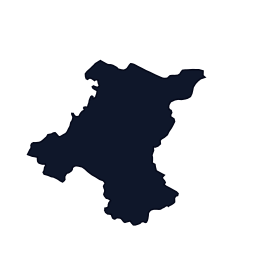 outline of Zhytkavichy, Gomel, Belarus, rotated 209°
{"feature_id": "67162791B281573745440", "entity_name": "Zhytkavichy", "entity_type": "district", "adm_level": 2, "iso_a3": "BLR", "parent_name": "Belarus", "parent_adm1": "Gomel", "projection": "albers", "projection_center": [27.845, 52.192], "detail": "fine", "context": "isolated", "style": "filled", "palette": "ink", "viewbox_px": 256, "rotation_deg": 209, "n_neighbors": 0, "source": "geoboundaries", "source_scale": "gbopen_adm2", "svg_char_len": 3911}
<svg xmlns="http://www.w3.org/2000/svg" viewBox="0 0 256 256"><g transform="rotate(209 128 128)"><path d="M184.7,173.6L185.4,172.6L187.0,169.7L187.7,168.5L188.2,166.3L188.9,164.2L189.5,162.0L190.5,159.2L191.1,157.4L191.5,154.7L190.0,152.4L188.4,150.9L186.9,151.0L186.5,152.3L185.5,153.4L183.6,153.7L181.6,153.5L180.3,153.3L179.9,154.3L179.1,155.0L177.5,155.3L176.6,154.0L175.3,152.5L173.7,151.4L173.7,149.8L174.4,148.7L176.4,148.2L178.6,148.0L179.2,146.7L178.0,145.9L176.3,145.7L174.9,145.7L173.3,145.8L172.5,144.8L172.2,143.7L171.8,142.7L171.6,141.0L171.2,139.7L171.8,137.7L172.6,136.8L173.2,137.5L174.0,138.4L175.1,138.4L175.6,137.5L175.5,135.8L175.2,133.6L174.3,131.0L174.0,128.9L173.4,126.8L174.5,126.0L175.4,125.7L176.5,124.8L176.5,124.0L175.4,123.4L175.0,122.6L175.1,121.6L176.0,120.5L176.5,118.3L176.6,116.5L176.4,115.2L176.9,114.0L178.2,113.1L179.5,112.5L181.8,113.3L183.0,114.1L184.2,113.5L183.6,112.6L181.5,111.1L180.9,109.7L180.4,107.5L180.6,105.1L179.5,101.4L179.5,98.4L179.3,95.5L179.7,93.0L181.3,90.5L182.6,88.2L183.8,86.9L184.7,86.9L186.4,87.5L188.0,88.1L189.5,88.5L191.0,87.3L191.4,86.4L192.2,85.4L193.3,84.5L194.8,83.3L194.8,80.7L195.5,78.8L196.0,77.3L196.7,75.4L197.5,73.7L198.7,72.3L200.4,71.1L202.0,70.0L203.5,69.3L204.4,68.0L204.6,67.1L204.4,65.7L203.6,64.8L202.9,63.0L203.2,61.7L203.1,59.3L203.0,57.1L203.0,56.2L202.5,56.2L200.4,56.6L198.2,56.9L195.4,57.9L193.0,58.6L192.0,56.8L190.9,55.2L189.5,54.3L188.3,54.3L185.5,54.9L182.9,56.4L181.7,55.1L181.8,53.1L180.7,50.2L180.7,48.1L179.0,47.0L176.6,47.6L174.8,48.0L171.6,48.3L169.4,49.1L165.9,49.3L164.1,49.3L161.6,49.0L159.1,49.1L158.8,49.8L158.3,51.2L158.3,52.5L159.0,53.3L159.9,55.0L159.9,57.3L159.6,58.9L158.2,60.2L156.9,62.8L156.7,64.5L157.4,66.5L156.3,68.9L154.9,70.0L152.8,70.8L149.2,71.8L145.8,71.4L142.2,70.5L139.0,70.0L136.8,69.7L132.9,69.7L127.9,69.4L124.1,70.0L121.4,68.9L121.1,68.1L121.2,66.5L121.1,65.2L119.5,63.6L118.3,62.7L117.5,61.2L117.0,58.3L115.8,57.3L113.0,56.1L111.3,56.6L109.1,56.6L107.9,55.9L108.4,53.4L107.9,51.1L107.0,49.9L107.6,48.2L109.3,46.6L108.6,45.9L108.6,44.9L106.7,43.4L104.2,43.0L102.6,43.7L102.2,43.9L100.5,44.3L99.5,43.2L99.1,43.1L97.9,41.9L96.6,41.7L95.4,42.0L94.8,43.4L93.9,44.4L91.1,45.5L90.0,45.5L88.8,45.1L86.3,44.0L85.0,44.0L83.8,45.2L82.0,46.9L81.1,47.8L78.5,46.6L78.2,46.6L76.4,45.9L74.8,46.7L73.6,47.9L72.3,49.3L71.3,50.6L70.8,52.5L69.2,53.7L67.1,53.8L66.3,54.6L66.4,56.7L66.9,58.5L67.8,60.9L69.0,63.6L68.9,65.7L68.1,67.7L66.3,69.5L63.5,71.1L61.5,72.0L60.2,73.0L59.3,74.7L58.1,76.3L57.1,78.6L54.7,79.5L54.6,79.4L54.4,80.0L52.8,82.3L51.7,84.5L51.4,85.9L52.5,87.7L53.5,89.5L53.1,91.9L51.9,93.0L52.4,94.9L54.7,95.6L60.9,95.6L66.8,95.5L69.1,96.0L69.0,98.4L70.5,99.4L72.1,100.0L73.9,100.8L74.0,102.2L73.4,104.4L76.3,104.3L81.1,104.3L82.6,104.3L85.3,107.2L86.8,109.2L88.3,109.2L90.0,109.2L90.9,111.3L92.4,114.0L94.0,115.9L94.8,120.8L95.8,122.1L96.6,124.0L95.0,124.5L93.1,126.7L92.0,129.8L93.9,132.6L93.5,134.6L91.8,137.5L90.4,141.1L90.4,141.4L90.6,144.6L90.2,149.1L90.2,152.0L90.4,156.2L92.2,158.2L94.6,158.4L96.1,158.5L97.2,160.4L97.2,162.6L98.8,164.2L100.8,164.2L102.5,165.5L103.5,168.0L103.5,171.5L100.8,175.3L98.2,177.5L95.0,179.0L92.1,181.3L90.4,183.0L88.7,185.8L88.9,189.0L89.8,192.2L90.8,195.3L90.6,199.6L89.7,203.2L88.4,206.3L85.3,209.7L87.9,210.2L89.6,213.5L90.0,214.3L94.3,213.3L97.0,211.8L100.0,210.2L103.4,208.0L106.6,206.1L108.3,204.8L108.7,202.3L108.7,200.5L109.8,198.4L111.5,197.2L112.7,196.4L114.8,195.3L116.5,194.1L117.3,191.8L117.5,190.7L119.4,189.4L120.9,188.6L122.4,188.2L125.3,187.9L129.9,187.5L136.0,187.2L140.1,186.8L145.1,186.7L149.1,186.5L151.7,186.5L153.8,186.4L155.5,186.0L156.8,185.5L157.2,183.8L157.4,181.4L157.6,179.5L158.4,178.0L159.6,176.5L161.8,175.6L164.8,174.8L165.7,174.8L167.1,175.4L169.5,175.4L171.5,175.4L173.7,174.9L175.0,174.2L176.5,173.6L178.4,173.5L180.7,173.5L182.4,173.5L184.5,173.5L184.7,173.6Z" fill="#0f172a" stroke="#020617" stroke-width="1.5"/></g></svg>